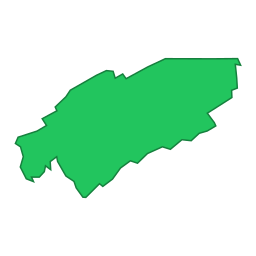 outline of Hawkins, Tennessee, United States of America
{"feature_id": "52423323B16359627496109", "entity_name": "Hawkins", "entity_type": "district", "adm_level": 2, "iso_a3": "USA", "parent_name": "United States of America", "parent_adm1": "Tennessee", "projection": "robinson", "projection_center": [-82.986, 36.418], "detail": "fine", "context": "isolated", "style": "filled", "palette": "green", "viewbox_px": 256, "rotation_deg": 0, "n_neighbors": 0, "source": "geoboundaries", "source_scale": "gbopen_adm2", "svg_char_len": 815}
<svg xmlns="http://www.w3.org/2000/svg" viewBox="0 0 256 256"><path d="M18.1,137.2L15.4,143.5L20.5,146.8L23.3,156.7L20.3,167.0L26.3,178.8L33.5,181.6L31.5,177.1L39.3,177.1L44.3,171.7L45.5,165.8L50.7,169.7L50.2,161.6L56.7,156.7L57.6,161.5L65.9,176.0L74.0,181.4L76.2,187.9L82.9,197.2L85.8,197.4L99.5,183.7L102.8,186.4L112.5,179.1L120.5,168.0L130.4,160.8L137.5,163.2L147.5,153.5L162.4,146.8L170.4,149.3L181.9,139.7L191.2,140.7L199.2,133.3L207.2,131.0L215.8,125.9L214.3,122.6L207.3,113.2L231.9,97.5L231.6,90.3L237.3,88.1L236.7,77.8L235.3,64.3L240.6,65.2L237.6,58.6L214.5,58.8L209.3,58.8L165.3,58.7L147.8,66.9L126.1,78.7L122.7,74.0L115.2,78.2L113.1,71.3L106.4,70.6L96.6,75.2L70.3,90.2L65.9,96.8L55.2,107.0L56.9,110.8L42.2,118.7L46.5,125.5L37.0,131.1L18.1,137.2Z" fill="#22c55e" stroke="#15803d" stroke-width="1.5"/></svg>